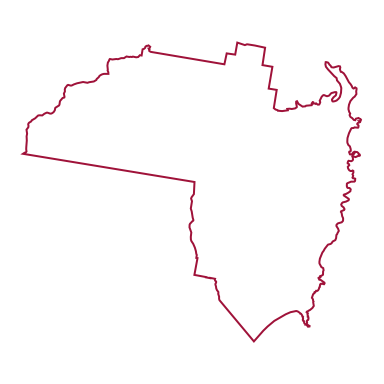 the district of Kiama, New South Wales, Australia
{"feature_id": "25037944B41308394801248", "entity_name": "Kiama", "entity_type": "district", "adm_level": 2, "iso_a3": "AUS", "parent_name": "Australia", "parent_adm1": "New South Wales", "projection": "orthographic", "projection_center": [150.782, -34.696], "detail": "fine", "context": "isolated", "style": "outline", "palette": "rose", "viewbox_px": 384, "rotation_deg": 0, "n_neighbors": 0, "source": "geoboundaries", "source_scale": "gbopen_adm2", "svg_char_len": 5938}
<svg xmlns="http://www.w3.org/2000/svg" viewBox="0 0 384 384"><path d="M28.2,124.6L28.5,125.8L28.3,127.3L26.5,129.7L27.1,133.7L26.6,136.3L26.8,140.5L26.3,146.9L26.2,149.2L26.5,151.5L26.0,152.2L24.5,152.8L23.0,153.8L194.5,182.0L193.9,194.1L191.5,197.4L191.1,198.6L192.0,201.2L190.8,208.6L191.7,211.4L192.7,217.7L193.4,220.1L193.2,220.7L192.4,221.2L190.0,223.8L189.6,224.8L189.5,227.4L191.3,232.5L190.8,236.9L190.9,239.6L191.4,241.1L193.2,243.8L194.9,247.7L195.9,251.2L196.3,253.9L196.8,255.0L196.3,257.9L197.5,258.1L194.4,274.9L206.2,277.1L206.1,277.4L210.3,278.2L210.3,277.9L215.0,278.8L214.8,279.3L215.1,280.6L216.1,281.5L216.1,282.7L215.5,283.6L215.4,284.6L216.0,286.5L216.2,288.2L216.5,289.1L217.0,290.2L218.3,291.9L218.4,293.1L218.2,293.8L219.1,296.6L219.1,298.9L219.5,300.2L253.9,341.4L263.3,330.7L267.6,326.5L274.3,320.9L285.7,314.3L290.5,312.2L296.2,311.0L297.7,311.4L299.9,312.9L300.3,313.7L301.1,313.8L302.1,315.3L302.2,316.0L302.7,316.4L302.6,316.7L303.0,317.0L302.8,317.4L303.1,318.5L302.8,319.3L303.0,319.8L302.9,320.1L303.7,320.9L303.5,321.1L303.9,321.5L304.4,323.4L305.4,324.2L305.4,324.6L305.9,324.5L307.2,325.6L308.0,326.7L309.5,326.5L309.6,326.0L308.1,325.2L306.9,324.0L306.9,322.9L307.1,322.3L306.7,321.3L307.2,320.4L308.1,319.9L308.1,319.4L308.4,319.2L308.5,318.2L308.4,317.4L307.7,316.8L308.1,316.1L307.7,315.5L307.4,313.7L307.8,313.5L307.3,312.3L306.7,312.0L307.0,311.6L307.6,311.7L308.2,310.9L310.1,309.9L312.4,308.0L313.8,305.9L313.2,302.3L313.5,301.5L313.2,301.2L313.0,299.6L312.5,298.5L311.9,297.8L313.1,294.3L314.2,293.0L314.5,293.1L315.0,292.3L314.9,292.0L315.5,291.9L316.1,290.8L317.2,290.9L318.1,290.3L318.9,288.9L319.3,287.3L319.8,287.0L320.0,284.9L321.1,284.0L321.0,283.8L322.2,283.6L323.1,284.1L324.1,284.2L324.6,283.2L324.4,282.6L320.6,279.9L319.3,279.7L318.5,278.0L319.5,277.3L320.1,277.5L320.5,277.2L320.6,276.8L320.0,276.4L320.2,276.0L321.4,275.8L323.0,274.7L323.1,271.4L323.6,270.2L323.2,268.1L321.4,267.1L319.5,263.6L319.4,261.9L319.9,258.6L322.4,252.5L323.6,250.9L324.8,248.7L327.6,245.1L328.1,244.6L330.5,244.0L331.5,243.3L332.7,241.5L335.3,240.1L336.1,238.2L336.4,235.0L337.1,234.2L337.5,233.1L338.8,230.9L338.1,228.7L336.5,226.2L336.4,225.1L337.3,223.9L338.1,223.3L341.7,222.3L342.9,221.0L343.1,220.2L343.1,218.2L342.2,216.2L341.6,212.9L340.9,211.9L341.1,211.3L344.1,210.0L344.5,209.1L343.6,207.4L341.7,205.9L341.2,204.5L341.9,203.2L342.8,202.4L346.0,201.6L348.4,200.4L348.9,199.7L348.7,198.8L343.8,195.5L343.7,195.0L344.1,194.5L345.9,194.0L348.1,192.8L350.3,191.3L350.7,189.4L350.3,188.7L349.4,188.0L347.7,187.9L347.2,187.4L346.8,186.0L346.9,183.7L347.4,183.2L351.0,181.7L354.4,181.6L354.9,181.2L355.1,180.6L355.2,178.7L354.6,178.4L353.1,178.3L352.5,177.7L353.2,175.8L352.5,174.3L353.4,172.6L353.3,170.9L352.6,170.5L351.7,171.0L350.5,171.0L349.3,170.3L348.7,169.5L348.0,168.1L347.8,166.8L349.3,165.1L348.9,164.1L347.7,163.4L347.7,162.4L348.2,161.2L348.6,160.8L351.2,161.2L352.4,160.6L353.0,159.7L352.8,157.4L352.3,156.6L352.6,156.2L355.6,157.1L357.9,156.0L359.5,155.8L359.9,155.5L359.9,155.0L359.4,154.2L358.6,154.0L358.3,153.0L357.2,152.1L354.5,151.7L353.1,152.8L353.2,153.1L354.4,153.2L353.6,154.3L352.8,154.3L352.6,153.3L351.5,154.6L349.9,154.3L349.1,152.1L349.4,151.6L350.4,151.3L350.8,150.8L350.7,149.1L349.9,146.4L348.3,144.9L347.4,142.8L347.3,141.3L347.5,138.0L349.0,133.2L351.2,128.6L351.8,128.1L353.6,128.0L354.5,127.4L358.0,127.7L358.3,127.4L358.6,125.9L358.4,125.3L357.3,124.3L357.3,123.6L358.0,122.9L360.1,122.1L360.2,121.8L359.3,121.1L360.5,121.0L361.0,119.8L360.4,119.0L359.2,118.6L358.6,118.0L355.9,118.7L355.2,120.2L353.8,119.9L352.2,118.1L350.5,117.0L349.7,115.4L349.6,115.0L350.2,113.6L349.2,111.9L348.5,109.4L348.5,108.0L349.0,104.7L350.4,101.1L353.2,97.7L354.7,96.6L356.4,94.1L356.2,91.3L356.6,89.0L356.5,88.3L355.1,87.4L354.2,88.3L353.4,88.5L352.4,87.6L351.7,85.9L350.6,84.2L348.9,82.2L345.7,76.2L343.8,73.4L342.0,72.1L340.8,71.8L339.9,69.3L340.3,67.5L340.0,66.4L338.5,66.1L333.7,67.5L331.8,67.3L331.3,67.0L330.6,65.7L329.5,64.7L328.2,62.7L326.5,62.1L325.7,62.1L325.4,64.3L325.9,66.7L328.0,69.4L334.2,76.1L336.6,78.1L337.0,80.4L339.9,83.8L340.9,86.6L341.3,88.0L341.0,92.8L339.9,96.9L338.7,98.6L336.6,100.5L334.8,101.2L333.0,101.5L332.5,101.3L332.1,100.5L332.0,99.4L333.5,97.3L335.8,95.4L336.3,93.7L336.4,92.4L336.1,92.1L335.0,92.1L331.7,93.0L330.9,93.5L329.2,95.5L327.7,96.1L326.5,96.1L324.1,95.1L323.4,95.1L322.8,95.6L321.7,96.7L319.7,100.8L320.1,101.6L320.2,102.5L319.3,104.4L319.0,104.6L317.7,104.6L316.1,103.4L315.6,103.9L314.5,103.4L313.5,103.6L313.0,103.1L313.1,102.2L312.7,102.1L311.7,103.5L312.0,104.5L311.7,105.2L306.1,105.7L305.4,106.3L302.6,106.6L298.5,103.9L297.0,101.2L296.2,101.6L296.1,103.3L296.8,106.4L296.7,107.3L295.1,108.4L291.8,109.0L289.6,108.7L287.3,108.9L287.8,110.3L282.1,111.1L277.9,110.7L277.8,110.3L277.4,110.1L275.5,109.5L273.8,108.1L276.7,89.9L268.7,88.6L272.4,66.8L262.5,65.1L265.1,47.7L254.8,45.5L247.9,44.4L247.0,44.3L244.9,45.1L237.3,42.6L235.2,54.6L226.7,53.4L224.4,64.3L150.9,51.9L149.4,51.1L149.0,49.5L149.4,49.2L148.8,48.5L149.4,48.4L150.2,46.8L148.5,45.4L147.3,45.9L146.5,45.9L145.4,46.7L145.3,47.4L145.0,48.0L143.9,48.9L142.6,49.3L141.6,55.5L139.9,55.2L138.2,57.0L136.2,57.3L132.9,56.6L132.0,57.0L130.3,56.8L129.3,57.0L126.5,56.5L124.0,58.1L121.3,58.1L118.0,59.2L116.3,59.0L112.4,59.5L109.9,59.0L109.5,59.4L108.8,61.1L107.9,62.5L107.4,65.6L107.8,69.6L107.6,70.4L108.3,72.2L108.4,73.9L103.8,73.9L102.2,74.3L100.6,75.1L99.4,76.0L98.8,77.1L96.7,79.0L96.3,80.0L93.8,81.5L89.2,82.2L87.5,82.8L83.1,82.0L77.0,83.3L73.9,84.4L71.7,85.5L70.8,85.6L68.1,84.9L67.3,85.3L65.2,88.0L64.8,89.4L64.9,91.5L63.9,93.6L64.5,96.9L64.3,97.5L62.6,98.0L60.3,100.7L59.9,101.5L59.5,104.4L59.1,105.4L55.5,107.7L55.2,108.1L54.8,110.3L53.7,112.0L52.3,113.1L51.1,113.6L50.1,113.6L47.6,112.7L46.6,112.7L44.3,113.8L42.3,115.4L39.1,115.3L38.0,115.6L35.2,118.3L31.8,120.3L31.2,121.4L29.1,122.7L28.4,123.6L28.2,124.6Z" fill="none" stroke="#9f1239" stroke-width="2"/></svg>